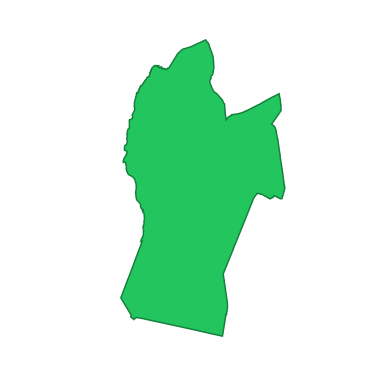 Jaunbērzes pag., Dobele, Latvia, rotated 119°
{"feature_id": "27541924B28590745616042", "entity_name": "Jaunbērzes pag.", "entity_type": "district", "adm_level": 2, "iso_a3": "LVA", "parent_name": "Latvia", "parent_adm1": "Dobele", "projection": "robinson", "projection_center": [23.387, 56.756], "detail": "fine", "context": "isolated", "style": "filled", "palette": "green", "viewbox_px": 384, "rotation_deg": 119, "n_neighbors": 0, "source": "geoboundaries", "source_scale": "gbopen_adm2", "svg_char_len": 5399}
<svg xmlns="http://www.w3.org/2000/svg" viewBox="0 0 384 384"><g transform="rotate(119 192 192)"><path d="M52.3,253.8L66.1,263.9L67.4,265.2L67.5,265.3L71.8,269.5L75.9,270.9L78.5,271.6L89.5,272.1L94.7,272.3L95.5,273.3L97.5,273.9L97.3,274.3L97.2,274.8L97.3,275.1L97.5,275.7L97.6,276.2L97.6,276.7L98.0,276.7L98.3,276.8L98.5,276.8L98.5,277.0L98.4,277.1L98.4,277.3L98.6,277.3L98.5,277.6L98.6,278.0L98.4,278.2L98.4,278.3L98.1,278.4L98.0,278.5L98.1,278.8L97.7,279.0L98.0,279.3L97.9,279.4L97.8,279.5L98.2,279.6L98.4,279.7L98.3,279.9L98.1,280.0L98.5,280.3L98.4,280.4L98.8,280.6L99.0,280.7L99.0,280.8L99.0,281.0L99.2,281.5L98.9,281.6L98.9,281.8L98.9,282.0L98.0,282.0L97.9,282.1L97.7,282.2L97.9,282.4L97.8,282.6L97.9,282.8L98.1,282.7L98.3,282.6L98.5,282.8L98.7,283.1L98.7,283.3L98.4,283.8L98.5,283.9L98.6,284.0L98.9,284.2L99.0,284.3L99.1,284.5L99.1,284.9L99.0,285.0L99.0,285.3L99.7,285.6L99.8,285.6L99.8,285.8L100.0,286.2L100.3,286.5L100.5,286.6L101.5,286.6L102.2,286.9L102.6,286.9L103.1,287.2L103.3,287.0L103.5,286.9L104.2,286.9L104.6,286.8L104.9,286.8L105.2,287.1L105.4,287.2L105.6,287.1L105.9,286.7L106.2,286.6L106.3,286.3L106.6,286.2L106.7,286.3L106.7,286.5L106.9,286.6L107.1,286.7L107.3,286.7L107.6,286.5L107.9,286.5L108.1,286.6L108.1,286.4L108.5,286.2L108.5,286.3L109.0,286.3L109.2,286.2L109.3,286.0L109.4,285.9L109.5,285.9L109.9,286.0L110.3,286.0L110.6,285.9L110.8,285.7L111.4,285.5L111.6,285.5L112.2,285.7L112.6,286.1L113.3,286.8L113.6,286.8L114.3,286.8L115.1,286.6L115.4,286.6L116.3,286.9L117.0,287.2L118.1,287.1L119.6,287.4L120.3,287.4L121.3,287.4L121.9,287.4L122.5,287.5L123.1,287.5L123.5,287.7L123.7,287.9L123.6,288.2L123.8,288.2L124.3,288.1L124.5,288.1L124.8,288.2L124.9,288.4L125.1,288.5L125.2,288.4L125.2,288.2L125.4,288.1L125.5,287.8L125.8,287.8L126.4,288.0L126.7,288.0L126.9,288.0L127.0,288.1L127.3,288.2L127.8,288.2L128.3,288.1L128.5,288.0L128.6,287.8L128.9,287.6L129.1,287.7L129.7,287.6L129.8,287.7L129.9,287.8L130.1,287.9L130.9,287.7L131.1,287.5L131.2,287.4L131.5,287.3L131.8,287.6L131.9,288.0L131.7,288.2L131.9,288.3L132.0,288.4L132.7,288.3L132.7,288.2L133.9,287.8L140.6,286.0L141.1,285.9L141.5,285.8L145.3,283.8L147.4,282.1L147.5,282.0L147.9,281.9L148.4,281.9L153.6,281.7L155.1,280.4L155.9,279.9L156.2,279.9L158.0,280.5L159.1,281.7L159.5,281.7L163.5,279.4L166.1,277.9L168.6,278.4L168.8,278.3L169.1,278.3L172.9,277.0L174.3,275.9L177.1,274.8L177.7,274.5L177.8,274.4L178.5,273.4L178.8,273.2L180.0,272.9L180.9,272.5L181.8,272.3L182.6,272.6L183.6,273.1L184.0,273.2L184.3,273.2L184.5,273.2L184.8,273.1L188.0,271.5L188.1,271.4L188.2,271.2L188.1,270.7L187.9,269.4L187.9,268.8L188.1,268.6L190.6,267.5L191.0,267.5L195.2,267.7L196.1,267.7L198.1,267.2L198.3,267.0L199.4,266.5L198.2,265.0L198.6,264.6L198.5,264.4L201.8,261.6L203.4,260.9L203.9,260.5L206.5,257.9L207.5,255.9L207.5,255.7L207.6,254.1L207.4,251.8L207.6,251.0L208.6,248.3L212.2,244.7L212.4,244.5L216.1,242.4L216.9,242.0L217.6,241.9L218.1,241.7L219.1,241.3L220.6,240.4L222.6,239.1L223.1,238.7L223.7,238.3L223.8,238.2L224.4,237.8L225.1,237.0L226.1,235.8L226.1,235.7L226.3,234.3L226.4,234.0L227.6,231.4L227.8,231.1L228.3,230.7L229.3,230.1L230.1,229.6L230.7,228.9L230.9,228.4L231.3,227.5L231.6,227.0L231.1,226.7L231.1,226.1L231.9,225.6L232.0,225.6L232.8,225.9L233.0,225.5L233.3,225.2L233.7,224.7L233.8,224.6L233.8,223.8L233.8,223.7L234.2,223.2L234.9,223.0L235.5,222.6L238.2,220.7L240.3,220.0L240.7,219.8L241.4,219.5L242.2,219.0L242.9,218.7L243.5,218.4L244.6,218.2L244.6,218.3L244.8,218.3L246.2,217.9L246.7,217.6L248.4,216.3L249.4,215.7L252.6,214.0L254.0,213.6L255.1,213.4L256.4,213.3L257.1,213.3L257.8,213.5L258.3,213.4L258.8,213.0L259.2,212.9L260.1,212.8L259.4,211.8L259.3,211.7L262.6,211.2L262.9,211.1L273.8,209.5L287.8,207.4L299.4,205.7L299.4,205.8L319.1,202.9L329.2,185.4L330.8,185.2L331.7,181.1L331.4,181.1L331.1,181.1L330.7,180.9L330.3,180.5L330.2,180.3L330.1,180.2L328.6,179.7L326.5,173.5L325.1,168.6L312.3,126.1L310.5,120.0L308.1,111.7L307.4,109.3L305.8,103.7L305.1,101.7L305.0,101.2L304.0,97.8L303.3,95.5L282.4,103.0L282.4,102.5L277.9,104.1L276.0,104.9L274.8,105.6L273.4,106.3L272.7,106.8L271.6,107.5L270.5,108.3L248.5,125.0L222.8,128.1L220.2,128.5L220.3,128.6L219.8,128.7L217.1,129.0L217.0,128.9L212.5,129.4L193.3,131.8L193.0,131.8L167.3,135.1L161.5,134.3L161.5,134.2L160.6,131.0L160.0,129.0L160.2,125.5L160.1,124.5L160.2,120.5L159.6,120.0L157.2,118.4L155.5,118.5L155.4,118.4L155.2,115.6L155.1,111.5L154.2,110.1L149.3,111.2L149.1,111.3L143.8,112.6L140.9,114.8L140.9,115.0L131.7,121.7L119.1,131.5L118.6,131.9L116.8,133.0L116.6,133.2L113.5,135.6L103.5,143.2L103.5,143.3L103.2,143.7L99.7,146.5L97.5,148.3L95.9,150.0L94.6,151.7L94.5,152.1L94.1,155.3L86.4,154.4L77.7,153.6L72.9,156.3L71.0,157.9L69.2,159.0L67.1,160.7L66.4,161.4L64.5,162.8L63.8,163.4L70.8,168.2L78.3,173.0L82.8,175.6L83.3,176.0L83.7,176.4L94.5,183.6L94.4,183.7L98.0,186.3L101.1,189.4L105.2,194.8L106.3,195.1L106.7,195.2L108.9,196.7L112.4,197.2L106.9,201.2L102.2,204.3L100.2,205.6L99.4,206.1L99.2,206.2L98.8,207.5L98.5,208.1L98.3,208.4L97.7,208.9L97.0,209.7L96.5,211.0L96.3,211.5L95.4,214.0L94.0,218.0L93.8,218.6L93.9,219.0L93.9,219.3L93.9,220.4L93.9,220.7L92.2,223.8L87.9,229.2L85.5,230.5L83.5,230.3L83.0,230.6L82.8,230.9L82.7,231.4L79.5,231.0L78.1,231.2L77.2,231.6L72.9,233.0L66.9,236.8L64.4,238.5L63.5,239.2L60.7,242.1L59.5,243.5L57.7,245.6L57.0,246.5L55.1,248.4L54.5,249.2L54.4,249.3L54.5,249.3L52.3,253.8Z" fill="#22c55e" stroke="#15803d" stroke-width="1.5"/></g></svg>